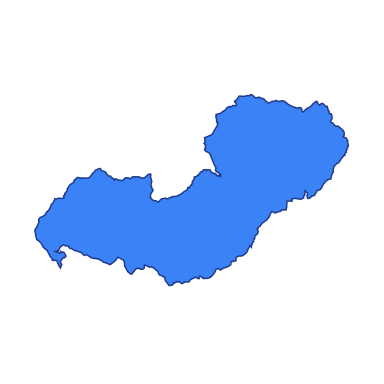 outline of Manzalesti, Buzau, Romania, rotated 264°
{"feature_id": "2599482B39900839669383", "entity_name": "Manzalesti", "entity_type": "district", "adm_level": 2, "iso_a3": "ROU", "parent_name": "Romania", "parent_adm1": "Buzau", "projection": "equal_earth", "projection_center": [26.631, 45.541], "detail": "fine", "context": "isolated", "style": "filled", "palette": "blue", "viewbox_px": 384, "rotation_deg": 264, "n_neighbors": 0, "source": "geoboundaries", "source_scale": "gbopen_adm2", "svg_char_len": 6062}
<svg xmlns="http://www.w3.org/2000/svg" viewBox="0 0 384 384"><g transform="rotate(264 192 192)"><path d="M226.6,352.3L229.6,351.0L231.2,348.0L233.0,349.5L236.0,349.4L237.2,348.9L242.2,344.3L242.2,342.7L243.1,340.9L245.7,339.4L246.5,337.9L247.6,337.1L250.5,339.0L254.6,339.0L255.4,338.3L255.3,337.3L255.8,336.6L258.0,336.7L259.0,336.0L263.0,335.4L263.5,333.3L265.2,332.4L266.6,331.0L266.2,329.5L264.9,327.8L266.8,326.5L268.9,325.8L269.2,325.0L267.3,321.8L264.9,319.4L262.7,314.4L259.9,310.7L261.5,309.6L263.4,309.8L264.3,309.1L264.7,308.1L264.5,304.4L265.1,303.9L266.8,300.2L269.6,296.2L271.1,295.0L271.7,293.9L272.6,293.5L273.4,291.3L273.0,289.2L273.2,286.2L274.3,285.3L273.8,284.3L273.7,280.8L272.4,278.1L272.6,277.1L274.1,275.8L274.7,274.6L276.2,274.0L277.8,272.0L277.7,271.2L279.4,268.5L279.1,268.0L279.0,265.2L279.8,263.9L281.8,262.5L282.6,261.4L282.7,260.8L281.8,258.9L282.1,256.6L281.6,254.5L282.4,248.9L280.1,247.0L278.3,245.0L277.9,243.8L276.8,244.0L275.4,245.3L274.2,245.2L273.2,244.3L273.8,241.8L272.3,239.3L273.1,238.7L272.8,237.0L271.9,235.2L270.3,234.2L268.4,230.2L267.4,229.1L266.6,224.5L266.2,223.8L265.0,224.3L264.2,223.5L261.8,224.1L259.1,223.8L258.8,224.6L257.7,224.4L257.5,224.8L254.9,223.9L254.3,223.2L249.3,219.5L248.5,219.3L246.9,217.4L245.2,212.4L244.8,210.3L240.8,210.2L240.0,209.7L239.4,209.8L238.8,209.1L237.3,210.7L236.2,210.0L234.0,210.0L233.7,209.9L233.4,209.0L232.6,209.0L231.0,210.0L229.5,212.6L228.1,213.8L216.8,217.0L213.2,218.5L211.8,217.6L210.1,218.1L209.4,218.6L209.4,219.4L206.5,222.3L206.0,222.3L205.4,221.7L204.5,222.0L204.7,221.6L205.9,220.9L205.9,220.3L204.9,219.6L205.0,219.2L205.6,218.4L206.9,218.3L206.9,217.5L208.0,216.9L208.5,214.5L209.4,213.9L210.1,212.8L211.9,212.5L212.6,210.2L211.9,208.9L212.8,208.3L212.9,205.6L211.9,205.1L211.6,204.5L211.0,204.1L211.2,203.3L210.8,202.3L209.5,201.5L209.2,200.9L208.3,200.5L208.1,199.5L206.8,197.6L206.8,195.9L204.2,195.3L202.8,193.7L199.6,192.7L198.9,191.5L196.7,190.1L197.1,189.1L197.0,188.4L196.3,188.5L195.8,187.8L194.5,187.2L193.3,184.4L191.1,180.9L189.4,176.4L189.5,172.3L188.5,168.8L188.1,168.4L187.8,166.1L188.7,165.0L188.4,161.5L187.6,159.8L185.7,157.8L185.8,156.7L186.8,155.7L187.4,153.5L188.3,151.7L191.4,150.0L195.0,151.0L196.7,152.8L198.1,153.5L200.4,152.1L201.5,152.5L202.1,152.1L204.0,152.0L206.6,153.1L211.6,152.3L213.1,152.9L214.3,152.6L214.0,150.2L211.0,146.2L211.1,143.7L212.6,140.8L213.2,136.2L213.2,134.4L211.6,131.5L211.8,130.9L212.9,129.9L213.0,127.1L212.7,126.4L211.7,125.7L210.6,123.6L211.5,120.8L211.4,119.9L212.9,118.2L212.9,116.9L212.1,116.0L213.9,114.9L214.8,113.2L216.1,112.8L217.1,110.0L220.4,108.4L221.7,106.8L222.5,104.4L224.8,103.3L225.0,102.1L223.7,98.2L222.1,96.9L221.0,95.1L217.4,92.1L216.7,88.7L216.9,87.3L217.4,86.5L217.1,85.4L217.7,83.7L217.2,82.7L218.3,80.8L218.4,79.3L217.3,78.2L216.7,76.7L215.6,76.1L215.2,75.5L214.0,75.5L212.1,71.6L210.7,70.3L207.9,68.1L206.2,68.0L203.8,65.3L202.2,65.2L201.6,63.8L199.7,64.0L199.1,62.3L199.4,61.2L199.2,60.6L199.9,59.1L199.3,57.3L199.6,54.9L196.3,53.3L194.3,50.7L192.9,50.3L189.3,48.0L186.7,44.8L184.7,43.7L183.2,40.8L182.4,38.1L180.5,36.6L177.6,36.5L173.4,33.9L171.2,32.1L170.0,31.6L167.0,32.1L165.4,31.9L160.8,32.7L160.2,33.4L160.1,34.0L156.7,36.7L152.6,38.3L150.2,40.5L149.7,41.5L142.3,44.4L140.9,45.7L139.0,45.8L138.3,47.2L138.9,47.4L138.4,48.3L138.2,49.9L137.6,50.6L134.8,51.0L133.9,51.9L131.9,52.1L131.0,53.0L130.3,53.2L133.4,54.9L134.7,54.1L137.1,53.9L140.2,57.3L140.0,58.6L141.5,60.0L145.6,58.2L145.8,56.2L146.5,55.3L145.6,55.6L145.6,55.0L145.0,53.9L146.4,51.9L146.6,50.7L147.1,49.9L147.3,51.4L146.9,52.6L149.2,53.7L151.4,55.8L152.0,56.6L152.8,58.5L151.7,60.5L151.3,63.4L151.0,63.8L149.8,63.8L148.8,64.5L148.2,66.6L145.9,69.3L146.0,69.7L143.4,75.5L140.3,78.1L140.2,78.7L140.6,79.8L140.5,80.9L137.1,85.0L136.0,88.3L135.9,89.7L135.5,90.2L135.5,91.8L134.4,92.7L133.5,94.5L131.6,96.4L130.2,99.7L128.5,102.5L128.4,103.3L132.1,109.1L135.0,111.4L131.4,116.6L129.5,117.4L125.5,117.3L119.4,119.8L116.6,122.9L116.8,123.9L118.4,124.9L118.7,125.8L120.7,127.4L121.8,129.0L121.8,130.5L120.8,132.3L120.3,134.3L120.5,135.4L121.3,136.5L124.4,137.1L121.8,141.9L121.5,144.4L120.5,146.0L116.3,149.9L114.3,150.2L112.7,151.2L111.8,153.4L110.7,154.4L110.0,156.2L108.7,155.9L106.5,156.3L101.3,159.5L101.7,163.1L102.8,163.8L103.2,164.7L103.8,164.3L103.6,165.7L104.2,167.1L104.0,168.3L104.4,169.3L104.0,170.3L103.1,170.8L101.9,172.6L103.3,175.5L103.0,177.0L103.2,178.2L102.8,179.3L105.0,181.4L106.9,186.5L105.2,189.1L105.2,190.1L106.5,189.8L107.5,190.9L107.2,191.8L104.6,194.5L104.8,195.7L104.5,197.3L104.8,200.5L106.2,202.7L108.5,205.2L109.7,206.3L112.1,207.5L113.0,208.3L113.1,209.3L112.9,210.2L111.4,212.2L113.2,215.7L113.4,217.7L114.3,220.7L115.6,222.9L118.5,223.6L119.0,228.5L119.5,228.8L121.0,228.5L122.8,229.6L123.5,232.9L123.1,233.9L123.6,236.2L125.5,239.3L127.3,240.9L129.6,241.9L131.1,243.2L132.7,244.0L131.0,245.3L132.3,245.4L132.8,246.0L134.7,246.5L135.8,247.3L135.9,247.9L137.5,248.0L139.3,249.6L141.4,249.7L142.4,250.9L143.0,252.2L144.3,253.1L145.8,253.7L147.5,253.3L148.2,252.6L148.9,253.9L150.2,254.6L151.1,256.4L152.2,257.1L153.8,258.9L156.1,263.0L159.1,266.1L161.6,267.3L164.1,269.1L163.5,270.9L162.6,272.0L162.6,273.1L163.4,275.8L163.5,278.0L164.3,278.9L164.9,280.2L164.5,281.0L164.6,282.7L164.3,283.6L167.1,284.6L172.9,285.4L173.0,286.9L172.4,290.5L174.7,290.3L174.9,290.7L174.7,292.1L175.0,293.0L173.4,299.7L174.4,301.8L174.4,302.4L175.8,302.5L177.1,303.7L181.5,304.7L178.9,306.7L177.9,306.8L176.6,306.1L175.2,306.0L173.8,306.2L173.3,307.6L175.0,310.6L175.5,310.9L175.9,313.7L177.1,313.9L178.5,315.6L180.5,316.4L180.4,317.4L180.6,318.3L181.1,319.1L181.0,319.8L182.1,320.9L185.8,323.2L188.9,326.4L190.2,329.0L190.5,330.6L190.3,331.3L194.2,332.6L195.5,333.5L196.6,333.8L197.0,334.6L199.4,334.8L202.5,335.8L205.2,339.0L205.9,341.1L206.5,341.7L207.9,342.4L208.3,343.2L209.8,343.9L210.9,345.6L211.9,345.8L212.6,347.3L212.5,347.8L214.1,347.9L215.3,349.5L216.5,349.5L217.8,350.5L219.0,350.6L221.1,352.1L222.4,352.4L225.6,351.8L226.6,352.3Z" fill="#3b82f6" stroke="#1e3a8a" stroke-width="1.5"/></g></svg>